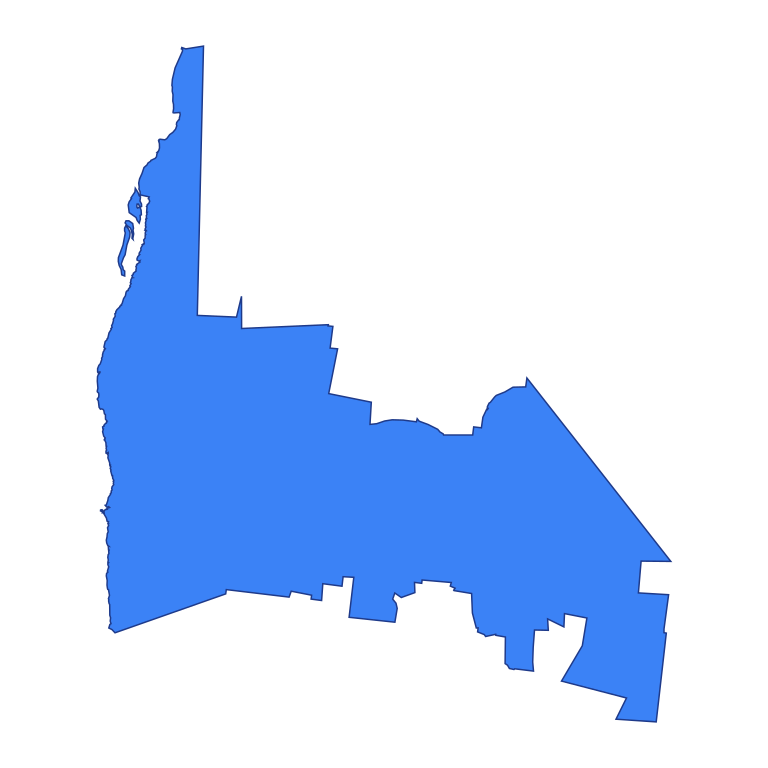 the district of Calkiní, Campeche, Mexico
{"feature_id": "50627088B85126992940446", "entity_name": "Calkiní", "entity_type": "district", "adm_level": 2, "iso_a3": "MEX", "parent_name": "Mexico", "parent_adm1": "Campeche", "projection": "albers", "projection_center": [-90.434, 20.481], "detail": "fine", "context": "isolated", "style": "filled", "palette": "blue", "viewbox_px": 768, "rotation_deg": 0, "n_neighbors": 0, "source": "geoboundaries", "source_scale": "gbopen_adm2", "svg_char_len": 6103}
<svg xmlns="http://www.w3.org/2000/svg" viewBox="0 0 768 768"><path d="M197.3,315.4L203.5,46.1L185.8,48.9L181.8,47.5L181.4,48.9L182.6,49.5L182.4,51.4L175.1,67.9L172.4,79.3L171.9,85.5L172.4,86.9L172.2,91.1L173.0,94.7L172.8,101.1L173.5,104.3L173.6,108.7L173.0,112.3L173.2,112.8L174.2,112.9L179.8,112.5L180.2,114.6L179.4,117.7L179.3,119.7L178.7,119.8L176.7,122.5L176.4,124.5L176.8,125.7L175.6,129.1L172.9,132.3L169.7,134.6L166.7,138.7L164.8,139.8L160.0,139.2L159.0,139.6L159.1,140.7L158.6,140.8L159.4,143.6L159.5,148.0L158.7,150.7L157.2,152.3L157.8,152.3L156.9,154.0L156.5,156.7L155.3,158.3L150.9,160.4L150.6,161.2L148.0,163.0L147.0,164.9L144.0,167.5L142.0,173.5L139.6,178.8L138.7,183.1L139.2,187.2L138.9,189.0L140.1,191.7L140.2,195.5L140.9,195.0L149.2,196.9L148.3,198.7L148.9,199.0L149.7,201.2L148.8,203.4L147.3,204.6L147.5,205.0L146.5,206.5L147.0,207.0L146.6,212.4L147.0,212.4L146.7,212.7L147.0,214.3L146.3,215.6L146.5,217.4L145.9,219.0L146.3,219.0L145.8,219.5L146.1,220.7L145.4,222.9L145.7,224.4L145.4,226.0L146.0,227.0L145.0,229.2L146.2,230.6L145.4,230.7L145.9,231.1L145.3,232.6L145.2,234.1L145.7,234.5L145.2,235.4L145.1,238.1L143.7,239.9L144.3,243.3L143.8,244.2L143.3,243.9L142.2,244.7L142.6,245.0L140.8,248.2L141.0,250.2L139.2,253.1L139.1,254.3L139.7,254.6L137.8,256.6L137.0,258.6L137.0,260.0L138.8,261.0L139.8,260.7L139.4,261.3L140.0,262.0L136.7,264.4L137.0,264.8L135.9,266.5L136.4,267.9L135.9,270.0L136.1,271.0L133.3,273.3L133.2,274.4L132.0,275.5L132.5,276.0L132.0,277.5L132.5,277.7L131.9,277.8L130.8,280.1L131.0,280.8L130.3,282.8L131.1,283.6L129.8,285.9L130.4,286.6L128.2,289.4L128.2,290.5L126.8,291.0L126.1,292.1L125.4,295.8L123.6,298.6L122.1,303.6L121.1,304.8L121.4,305.2L119.8,306.3L119.9,306.8L116.9,309.7L115.8,311.6L115.7,313.1L114.9,313.7L115.2,316.3L113.3,319.2L113.5,320.3L112.6,323.7L111.6,325.7L112.1,327.4L110.9,328.5L111.3,329.2L109.0,332.9L107.8,338.2L107.2,338.6L106.9,339.9L105.2,341.5L103.9,347.1L105.3,348.7L104.3,349.3L104.6,349.7L103.2,352.0L102.5,354.8L102.5,356.6L101.6,358.2L101.8,359.4L100.2,363.9L98.9,365.3L97.6,368.6L97.6,371.9L98.0,372.7L98.6,373.1L99.1,372.0L100.7,371.9L99.2,372.4L99.5,373.4L98.4,374.4L97.5,376.6L97.3,381.1L97.9,388.2L97.2,391.2L97.5,392.1L98.6,393.0L98.9,394.9L98.6,397.4L97.4,398.6L97.3,399.4L98.3,400.7L99.1,407.3L100.4,409.2L101.2,408.9L102.9,409.3L103.8,410.4L104.4,413.8L105.4,414.6L105.5,419.2L107.1,421.1L106.6,421.3L106.7,422.5L106.2,423.2L105.7,423.2L103.9,425.3L104.1,426.0L102.6,426.9L102.9,429.0L103.4,429.1L102.6,431.6L103.7,436.1L105.1,437.9L104.6,439.0L105.0,438.8L104.7,440.1L105.9,442.6L106.1,446.2L106.6,446.3L106.1,448.3L106.6,450.1L106.0,451.0L106.0,453.1L106.5,453.3L108.2,452.4L108.3,453.7L107.5,454.3L108.2,455.4L107.9,457.8L109.7,463.0L109.7,464.9L109.9,465.5L110.4,465.3L110.3,466.4L110.8,466.8L110.2,468.4L111.0,470.0L110.7,470.9L112.0,475.7L112.5,475.7L112.7,478.4L113.8,480.3L113.2,481.3L113.7,481.9L113.3,483.5L113.7,484.7L112.1,486.7L111.7,488.6L112.1,489.9L111.2,491.0L111.3,492.7L110.4,493.5L110.5,494.3L108.3,497.6L107.8,500.6L106.3,505.0L105.2,505.3L106.6,507.0L107.7,507.0L108.9,506.3L108.7,506.6L109.6,507.5L107.5,508.2L106.7,508.8L107.1,509.3L105.6,509.5L104.4,510.4L104.0,511.6L102.5,511.5L102.9,512.1L102.4,512.8L104.2,513.0L104.3,513.9L103.9,513.8L106.4,518.0L107.1,521.2L108.5,521.7L107.9,523.4L108.4,523.7L108.1,523.9L108.6,525.7L107.5,527.7L108.2,531.8L107.3,533.6L107.0,537.0L106.3,540.1L106.7,543.0L107.8,545.6L108.5,545.9L108.7,546.1L108.3,546.0L108.3,546.5L108.5,549.6L109.7,550.5L108.6,550.1L108.9,553.7L108.2,554.5L107.8,557.4L108.3,560.0L107.9,562.2L108.6,562.7L107.9,563.2L107.9,564.7L108.7,566.8L107.4,571.2L107.9,572.1L106.6,573.4L106.3,575.9L107.2,580.5L107.0,585.1L107.4,588.1L107.7,589.3L108.5,589.8L109.5,595.4L108.4,598.8L108.8,599.5L108.6,601.0L109.1,603.5L109.7,604.6L109.8,615.2L110.6,617.9L110.2,621.1L111.0,623.7L109.9,624.4L108.8,628.0L112.0,629.6L115.0,632.8L225.7,593.9L226.3,589.6L289.1,597.1L291.2,591.2L311.6,595.2L311.1,599.1L321.6,600.5L322.8,583.7L342.0,586.2L343.1,576.7L353.8,577.3L349.1,617.3L394.9,622.2L397.2,608.4L396.0,603.2L392.7,599.1L394.8,593.0L401.3,597.5L414.9,592.6L414.5,582.4L421.7,583.3L422.1,580.0L451.3,582.5L450.3,586.1L455.1,588.2L453.7,590.2L454.0,590.6L471.6,593.5L472.4,613.0L476.3,628.0L478.1,627.9L477.6,631.9L484.3,634.6L485.6,636.5L495.7,634.3L495.8,635.3L505.4,637.0L505.1,663.6L507.5,665.2L509.4,668.5L514.0,669.5L514.7,668.8L533.5,671.1L532.7,662.0L533.2,647.4L534.5,630.0L548.3,630.3L547.6,618.9L563.9,626.9L564.5,613.6L586.9,618.0L582.3,645.8L561.5,681.1L626.5,698.0L616.0,719.2L656.2,721.9L666.3,633.1L664.0,632.7L664.0,629.0L668.6,594.7L638.4,592.9L641.1,561.1L670.8,561.4L526.9,378.0L525.7,386.9L513.0,387.2L504.8,392.0L496.3,395.4L494.6,397.0L490.3,402.4L489.1,403.1L487.4,406.6L487.3,408.0L488.2,408.3L487.3,409.7L486.6,409.4L482.9,417.2L481.4,427.8L473.7,426.9L472.7,435.0L443.6,435.0L443.2,433.9L440.0,432.0L437.7,429.3L428.1,424.5L419.2,421.2L417.2,418.7L416.4,421.8L403.2,420.1L392.2,419.8L384.6,421.0L376.7,423.7L370.0,424.4L371.3,402.2L328.7,393.6L337.6,348.8L330.1,348.1L332.9,326.4L328.0,325.9L328.3,324.7L241.6,328.5L241.5,296.3L236.5,317.1L197.3,315.4ZM140.0,201.0L140.5,196.9L139.2,195.8L138.0,192.5L135.3,188.3L134.9,192.0L130.9,198.0L131.5,198.6L129.2,201.7L128.2,204.9L129.2,212.6L136.1,217.5L137.2,220.5L139.2,223.1L140.4,219.2L140.1,215.4L141.4,214.8L141.1,210.1L140.2,207.8L138.9,207.3L137.7,208.1L137.1,207.6L136.8,206.0L137.1,204.1L138.5,204.1L139.2,205.7L140.6,206.9L141.6,206.5L141.5,204.0L140.0,201.0ZM125.1,254.8L126.9,244.9L129.7,237.0L130.0,233.9L130.0,232.3L128.4,228.9L125.8,225.7L124.6,228.1L124.6,230.8L125.3,232.9L123.0,245.2L118.4,257.7L118.3,261.4L119.2,265.5L121.1,269.4L121.7,274.8L124.7,276.0L124.7,271.1L123.2,269.7L122.8,267.1L121.4,264.7L121.4,263.5L123.5,257.7L125.1,254.8ZM132.8,238.5L133.7,233.9L133.0,230.0L133.5,228.3L132.7,223.5L128.9,220.8L126.0,220.8L125.1,222.9L127.1,225.6L130.4,228.0L131.5,230.8L132.3,234.6L132.0,238.3L133.0,239.3L132.8,238.5ZM102.0,511.6L102.8,510.9L102.7,510.3L102.0,509.7L100.6,510.0L100.5,510.9L102.0,511.6Z" fill="#3b82f6" stroke="#1e3a8a" stroke-width="1.5"/></svg>